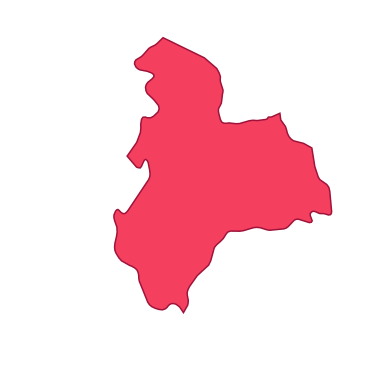 SVG path tracing the border of Harghita, rotated 217°
{"feature_id": "ROU-307", "entity_name": "Harghita", "entity_type": "County", "adm_level": 1, "iso_a3": "ROU", "parent_name": "Romania", "parent_adm1": "", "projection": "equal_earth", "projection_center": [25.588, 46.623], "detail": "fine", "context": "isolated", "style": "filled", "palette": "rose", "viewbox_px": 384, "rotation_deg": 217, "n_neighbors": 0, "source": "natural_earth", "source_scale": "10m", "svg_char_len": 2420}
<svg xmlns="http://www.w3.org/2000/svg" viewBox="0 0 384 384"><g transform="rotate(217 192 192)"><path d="M262.8,306.6L246.5,305.5L241.7,303.3L238.6,301.1L237.2,298.9L235.6,297.1L228.6,292.1L227.5,290.5L226.5,288.4L222.1,280.8L221.6,278.6L221.3,276.5L220.9,274.4L219.6,272.5L217.7,270.7L213.1,267.1L210.4,265.7L208.1,266.1L206.1,267.4L204.1,269.4L198.3,272.8L195.4,275.1L189.2,283.3L186.6,285.9L182.9,288.3L176.7,294.4L175.9,295.8L176.1,297.8L174.4,299.1L173.5,300.0L169.2,307.8L164.5,303.0L156.7,300.5L154.1,298.7L151.2,296.3L147.6,294.5L144.6,293.9L141.7,294.0L132.1,298.0L122.8,299.3L109.2,286.2L100.0,279.8L97.1,278.8L89.0,279.1L85.6,278.1L82.4,275.5L68.7,260.4L67.7,258.5L67.9,257.1L69.1,255.8L73.0,254.4L74.7,253.4L75.9,252.4L77.4,251.5L81.5,250.6L83.5,249.7L84.5,248.1L84.6,245.8L83.3,244.3L78.6,241.3L78.5,239.7L79.8,238.2L90.7,234.3L92.5,232.8L93.4,230.9L94.3,222.5L95.0,220.0L96.4,217.9L106.7,208.4L108.9,207.1L116.3,204.4L119.2,202.6L121.4,200.5L127.7,192.0L130.2,189.5L137.7,184.0L139.2,181.8L139.5,179.6L139.0,173.6L139.6,169.4L140.6,164.5L140.7,161.4L140.1,159.3L139.4,157.8L135.7,148.5L134.7,143.6L137.5,128.4L137.1,114.9L136.4,111.4L135.3,108.7L133.6,106.7L129.7,103.2L128.2,100.8L127.3,98.9L126.2,90.5L132.6,92.7L134.8,92.8L137.4,92.7L139.6,91.8L141.3,90.4L142.2,88.6L142.5,86.8L142.5,84.7L143.0,82.6L144.7,80.1L147.6,78.4L151.0,77.1L155.2,76.2L158.2,76.4L161.1,77.4L180.5,89.1L182.4,90.9L184.1,93.0L186.2,95.0L189.0,96.6L191.7,96.9L195.3,96.5L197.8,95.8L206.9,94.6L210.7,95.4L215.6,97.3L218.2,98.8L220.6,101.3L222.7,104.7L225.6,111.2L227.7,115.0L230.8,118.7L236.6,122.6L239.1,124.7L240.6,126.9L241.5,130.6L241.4,132.4L240.7,133.4L239.6,133.5L236.4,133.0L234.7,133.1L233.4,133.7L232.5,134.7L232.1,136.5L232.0,138.9L234.1,175.9L234.9,178.7L236.3,181.1L238.9,183.9L244.7,189.1L246.7,190.1L248.5,190.3L249.2,188.9L248.9,186.8L247.8,182.1L247.8,180.1L249.6,179.0L251.3,178.5L265.4,181.6L266.0,198.3L269.0,208.4L271.2,212.1L273.8,215.4L276.0,219.6L276.2,222.1L274.5,223.7L272.1,224.5L269.7,226.4L268.3,229.4L267.3,235.6L268.4,238.8L270.8,240.9L277.9,242.7L287.1,243.8L289.6,245.1L292.2,247.7L293.2,250.3L293.3,252.9L292.0,258.2L291.8,261.3L293.3,262.7L295.8,262.8L300.3,261.5L307.1,258.2L309.7,257.8L312.1,258.1L315.0,259.7L316.1,261.6L316.3,263.7L314.0,269.5L313.6,271.5L312.9,280.6L312.1,282.9L310.0,286.9L309.3,289.3L308.0,297.8L262.8,306.6Z" fill="#f43f5e" stroke="#9f1239" stroke-width="1.5"/></g></svg>